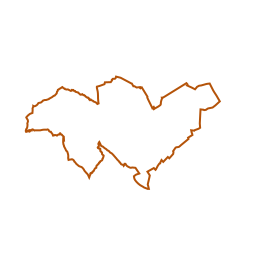 Fagaras, Brasov, Romania, rotated 246°
{"feature_id": "2599482B59919238366937", "entity_name": "Fagaras", "entity_type": "district", "adm_level": 2, "iso_a3": "ROU", "parent_name": "Romania", "parent_adm1": "Brasov", "projection": "robinson", "projection_center": [24.974, 45.842], "detail": "fine", "context": "isolated", "style": "outline", "palette": "amber", "viewbox_px": 256, "rotation_deg": 246, "n_neighbors": 0, "source": "geoboundaries", "source_scale": "gbopen_adm2", "svg_char_len": 5654}
<svg xmlns="http://www.w3.org/2000/svg" viewBox="0 0 256 256"><g transform="rotate(246 128 128)"><path d="M187.6,61.3L187.3,60.9L187.0,60.0L186.7,58.7L187.2,56.7L187.2,56.2L186.4,55.0L185.9,53.6L185.8,51.9L186.0,51.1L186.7,50.5L186.4,50.4L184.6,48.7L183.4,48.3L180.6,46.8L180.8,44.2L180.1,41.6L179.1,39.4L178.2,39.4L176.1,39.7L174.7,39.3L173.0,37.8L172.0,37.6L170.7,36.9L169.2,35.9L168.3,34.5L166.9,33.4L166.0,33.3L165.7,34.0L166.1,34.5L166.4,35.7L166.2,36.6L165.7,36.2L165.1,36.1L164.7,36.6L165.0,37.3L165.8,37.9L165.5,38.4L164.9,39.0L165.6,39.6L165.5,40.4L164.6,41.0L163.8,41.4L163.8,41.9L161.6,46.8L161.1,49.2L160.7,50.4L160.2,51.6L159.6,52.8L159.4,54.0L158.7,54.6L157.9,54.6L156.9,54.8L156.3,55.3L155.9,56.0L155.3,55.9L154.7,56.2L153.7,56.4L152.8,56.6L151.7,56.4L151.6,56.8L151.3,57.1L151.5,57.6L151.4,58.1L151.0,58.9L150.5,59.7L150.0,60.0L150.2,60.4L150.2,61.0L150.4,62.0L150.0,62.5L149.8,63.2L150.3,63.3L150.8,63.8L150.7,64.0L149.7,64.1L148.7,64.9L148.2,64.9L146.2,65.8L143.3,64.7L144.2,64.3L141.5,63.0L140.7,62.8L139.5,62.4L137.7,62.3L137.2,62.1L134.4,62.3L132.4,62.3L131.7,62.7L131.1,62.9L129.3,62.7L127.7,62.4L126.6,62.0L125.3,61.3L125.0,61.3L124.3,60.9L123.0,60.7L122.9,61.3L122.8,62.0L122.3,63.5L122.3,64.0L121.9,64.5L121.5,64.8L120.8,65.2L120.5,65.2L120.4,65.2L119.8,65.4L119.5,65.4L119.2,65.3L118.9,65.4L118.2,65.8L116.5,66.1L113.3,67.6L112.7,68.1L111.3,69.6L110.7,70.0L109.6,70.4L108.0,70.8L107.0,70.8L106.5,70.9L103.8,71.7L102.9,72.1L102.3,72.2L101.6,72.4L98.5,72.4L98.8,72.7L100.0,73.7L100.8,74.7L101.0,74.9L101.3,75.0L101.8,75.1L102.0,75.6L102.0,75.8L101.6,76.4L101.6,76.8L101.7,77.2L101.9,77.5L102.0,77.5L102.3,77.5L102.5,77.8L102.6,78.0L102.7,78.4L102.6,78.9L102.7,79.2L102.8,79.3L103.7,80.3L103.8,80.5L104.0,80.7L104.3,81.1L104.5,81.5L104.6,81.9L104.6,82.2L104.5,82.6L104.6,82.9L105.7,83.4L106.3,83.9L106.4,84.1L106.5,84.4L106.5,84.8L106.6,85.1L107.0,85.4L107.1,85.6L107.2,86.5L107.3,86.7L107.5,87.0L107.9,87.2L108.1,87.4L108.2,87.6L108.1,88.3L108.2,88.5L108.6,88.7L108.7,88.8L108.7,89.1L108.9,89.4L108.9,90.0L109.0,90.7L109.0,91.0L109.3,91.5L109.5,91.7L109.9,91.9L110.3,92.2L110.3,92.3L110.3,92.5L110.6,92.8L110.9,93.1L111.3,93.4L111.5,93.7L112.2,94.2L112.5,94.5L112.9,94.5L114.2,93.8L114.5,93.7L114.8,93.7L115.7,94.1L115.9,94.2L116.3,94.1L116.5,94.0L116.6,93.9L117.0,94.0L117.2,93.8L117.4,93.7L117.7,93.7L117.8,93.5L118.0,93.4L118.3,93.4L119.6,93.9L119.9,94.1L120.4,94.2L120.5,94.1L120.6,93.9L120.6,93.7L120.9,93.3L121.3,92.8L121.9,92.4L122.4,92.4L122.5,92.4L122.7,92.6L122.8,92.8L122.8,93.1L122.7,93.3L122.7,93.5L122.8,93.6L123.2,93.9L123.5,94.0L123.9,94.2L124.3,94.6L124.6,95.0L124.8,95.1L125.1,95.0L125.2,94.5L125.3,94.4L125.5,94.4L126.2,95.1L126.7,95.7L126.9,96.1L124.7,96.2L123.7,96.2L122.7,96.2L122.2,96.4L122.1,96.5L121.7,97.1L121.3,97.4L120.4,97.8L118.7,98.7L118.0,99.2L117.4,99.6L115.9,100.1L115.4,100.7L114.8,101.1L114.3,101.3L114.1,101.4L113.1,101.6L112.0,102.4L111.1,103.0L109.6,103.5L109.2,103.7L108.7,103.8L107.7,104.1L106.9,104.4L106.2,104.5L105.6,104.8L104.7,105.0L104.4,105.1L103.3,105.4L101.5,106.1L100.9,106.3L100.1,106.3L99.9,106.4L99.9,106.6L99.7,106.7L97.7,107.0L97.4,107.2L97.0,107.7L96.3,108.5L95.4,108.7L95.2,108.7L95.3,108.9L95.6,109.3L95.8,109.6L96.2,109.8L96.5,110.1L96.7,110.3L96.3,111.1L94.7,111.3L93.8,111.6L93.1,112.0L91.3,113.4L90.8,114.0L90.5,114.4L90.4,114.7L90.3,115.4L90.2,115.8L89.3,117.4L88.6,118.6L81.8,119.8L81.8,119.4L82.1,117.1L82.1,116.4L82.0,115.8L81.8,115.0L81.5,113.8L80.1,113.4L78.8,113.2L77.5,113.3L75.8,113.7L74.4,114.2L72.9,114.8L70.8,115.9L68.1,117.9L67.4,118.3L67.0,118.6L64.3,121.3L63.9,122.3L66.6,122.8L68.4,123.1L68.7,123.3L74.0,127.3L75.8,128.6L80.2,128.0L80.9,135.3L78.6,136.1L78.8,136.6L81.4,139.9L82.6,141.9L82.8,142.4L82.6,142.8L82.6,143.0L83.7,143.9L85.1,145.6L82.7,146.4L85.3,152.6L83.5,153.4L85.9,158.7L87.6,159.8L88.5,159.8L90.7,163.5L90.7,164.4L90.3,165.7L90.1,166.5L90.1,167.2L90.8,169.4L93.4,178.8L94.7,178.9L95.0,180.9L95.4,184.0L96.8,184.3L97.9,184.3L100.2,184.8L98.6,187.5L98.9,187.9L98.6,192.1L98.9,194.0L102.9,195.4L115.5,201.8L114.0,204.4L113.5,204.7L113.1,205.6L113.1,205.9L112.9,206.7L113.2,208.2L113.3,209.1L112.3,213.6L113.1,217.0L114.2,220.3L115.0,222.7L121.6,222.0L126.0,221.3L127.8,221.1L135.4,220.7L136.1,218.4L136.3,217.6L137.1,212.2L137.7,210.1L137.5,207.8L136.8,206.5L136.1,205.0L139.2,202.5L142.7,199.4L142.8,199.8L143.2,199.8L143.6,200.1L145.2,199.6L141.8,174.5L141.6,172.5L141.9,171.5L141.3,171.6L140.9,170.8L139.2,169.3L137.9,168.4L136.5,167.7L135.8,166.9L135.3,164.5L134.9,160.2L136.8,160.1L136.7,159.8L134.8,159.8L134.7,159.3L136.1,159.2L136.0,158.3L137.6,158.3L145.7,158.0L148.0,158.0L148.7,158.5L159.5,157.1L159.2,155.5L159.8,155.2L160.5,155.5L161.5,152.3L163.5,150.9L164.0,150.3L164.0,149.9L167.0,149.6L167.2,149.3L176.9,141.7L179.8,138.0L178.6,137.0L178.3,136.0L179.1,134.1L178.6,132.9L178.1,132.9L176.9,130.9L179.1,125.5L177.6,124.3L178.0,119.0L178.4,116.4L177.4,115.9L173.8,115.2L171.9,114.6L169.6,113.7L167.3,112.7L164.2,111.6L162.4,111.1L162.4,109.8L164.2,109.2L165.5,108.1L166.3,107.2L167.0,107.1L168.3,105.9L169.1,105.6L168.9,104.6L170.0,104.1L170.6,104.5L171.9,104.0L172.1,103.2L172.7,103.1L173.3,102.5L174.1,102.0L174.8,102.0L175.5,101.3L175.9,101.3L176.3,100.5L177.5,100.0L177.5,98.6L177.9,98.0L178.8,97.7L180.1,97.0L180.6,97.0L182.5,94.7L183.3,94.7L184.2,93.5L185.0,93.5L185.6,92.3L185.1,92.1L185.1,90.9L187.7,88.8L188.2,87.4L189.2,86.2L189.8,86.2L190.5,85.3L192.1,84.7L192.1,84.3L191.7,82.4L191.7,81.2L191.4,80.6L191.4,79.5L190.3,78.6L190.1,78.0L189.6,77.6L188.6,76.9L187.4,74.1L187.6,73.2L187.1,71.3L186.9,68.9L186.9,68.0L186.6,67.5L186.9,64.5L187.5,63.1L187.6,61.3Z" fill="none" stroke="#b45309" stroke-width="2"/></g></svg>